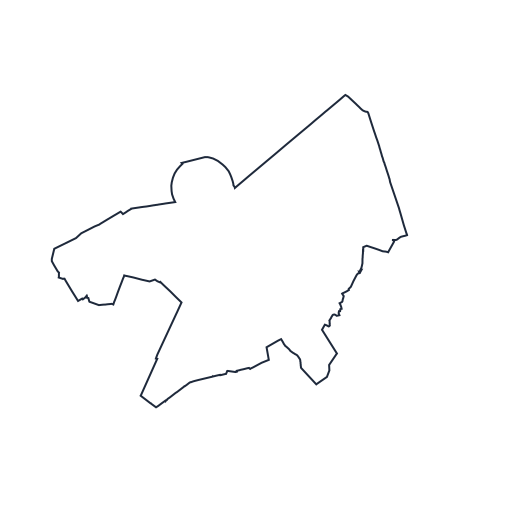 Ecatepec de Morelos, México, Mexico (Albers equal-area conic projection), rotated 229°
{"feature_id": "50627088B37920296364691", "entity_name": "Ecatepec de Morelos", "entity_type": "district", "adm_level": 2, "iso_a3": "MEX", "parent_name": "Mexico", "parent_adm1": "México", "projection": "albers", "projection_center": [-99.051, 19.572], "detail": "fine", "context": "isolated", "style": "outline", "palette": "slate", "viewbox_px": 512, "rotation_deg": 229, "n_neighbors": 0, "source": "geoboundaries", "source_scale": "gbopen_adm2", "svg_char_len": 6032}
<svg xmlns="http://www.w3.org/2000/svg" viewBox="0 0 512 512"><g transform="rotate(229 256 256)"><path d="M129.3,253.1L157.0,257.4L159.0,262.9L158.1,263.4L157.7,263.6L157.4,263.8L155.2,264.6L155.1,264.8L155.0,265.2L155.0,265.6L155.1,265.9L155.2,266.2L155.5,266.4L155.8,266.5L156.3,267.0L156.6,267.2L156.8,267.5L157.1,267.6L157.4,267.9L157.7,268.1L158.4,268.7L158.9,269.0L159.2,269.1L159.4,269.9L159.5,270.4L159.8,271.1L159.9,271.7L160.5,273.0L160.8,274.1L161.1,275.0L161.1,275.5L161.0,275.8L160.5,276.7L159.9,277.1L159.1,277.4L157.9,277.7L156.6,280.1L158.1,280.7L158.7,280.9L159.9,282.4L159.2,283.3L159.6,283.8L160.4,284.5L160.6,284.8L160.0,286.0L161.7,286.9L164.1,287.8L165.5,288.1L164.9,290.6L165.1,291.5L166.0,292.6L166.5,293.3L167.0,294.2L168.2,295.9L171.1,296.3L171.1,296.7L170.6,298.3L169.8,301.4L169.4,303.8L170.1,304.1L170.3,304.3L170.4,304.5L170.4,305.5L170.5,307.3L171.3,309.1L173.1,313.0L175.2,318.4L175.7,319.8L175.9,321.2L175.7,321.9L175.2,322.8L176.3,323.3L175.3,323.7L176.3,326.4L176.9,325.4L177.5,326.8L177.7,327.3L178.0,327.9L178.7,328.9L179.2,329.6L180.7,331.6L181.4,332.2L183.2,333.8L184.0,334.5L184.8,335.4L186.4,336.9L187.7,338.3L190.1,340.5L189.9,340.6L191.8,342.3L192.3,342.7L191.8,344.3L191.1,346.3L187.5,348.4L185.0,349.9L183.3,350.9L181.4,352.0L180.0,352.8L178.5,353.6L176.6,354.6L176.0,355.1L174.2,356.8L173.1,357.6L172.1,358.2L172.6,359.4L176.3,369.7L176.9,369.9L177.9,369.9L178.4,369.5L178.8,369.2L178.3,369.9L176.5,371.8L176.3,372.2L176.1,372.5L175.9,373.1L175.7,376.1L175.6,376.9L175.5,377.5L175.4,378.0L174.2,380.4L173.5,381.7L172.6,383.7L172.9,383.9L174.6,384.5L182.3,387.8L193.4,393.0L196.7,394.5L198.1,395.2L213.5,401.5L223.8,405.7L226.5,407.3L227.4,407.6L228.0,407.9L229.3,408.5L230.7,409.1L233.1,410.1L234.1,410.5L237.5,412.0L238.7,412.5L239.5,412.8L240.2,413.1L240.8,413.3L241.9,413.9L243.7,414.4L246.4,415.7L247.5,416.2L248.3,416.4L250.7,417.6L252.1,418.2L254.0,419.1L254.8,419.5L255.8,419.9L257.5,420.7L258.2,421.1L259.2,421.5L261.8,422.6L263.7,423.4L266.9,424.6L268.3,425.2L269.5,425.7L270.7,426.2L272.5,426.9L281.0,430.5L284.7,432.1L290.2,434.5L291.6,434.7L292.4,434.0L292.7,433.7L293.3,433.3L293.8,433.0L294.5,432.7L295.1,432.4L295.9,432.1L296.4,432.0L297.1,431.9L298.0,431.8L298.6,431.7L300.7,431.6L303.7,431.3L305.2,431.2L315.9,430.1L317.7,429.5L318.9,429.1L319.0,426.9L319.0,426.2L319.0,421.7L319.3,404.8L319.4,403.3L319.4,399.7L319.6,388.9L319.6,384.7L320.1,358.8L320.2,353.1L320.3,345.8L320.4,336.7L320.6,326.6L320.8,314.7L321.0,303.9L321.1,294.7L321.2,287.8L321.2,284.7L322.1,285.2L324.0,285.3L324.9,285.9L325.8,286.5L326.7,286.9L327.6,287.4L331.7,289.1L334.6,290.1L337.9,291.0L343.2,291.2L346.9,290.8L352.8,289.6L357.7,287.6L361.0,285.4L362.2,284.5L364.1,282.4L373.5,263.8L373.6,263.7L375.0,260.9L373.8,260.9L373.6,257.6L373.0,253.1L371.7,248.8L369.6,244.7L366.9,240.8L364.6,238.2L360.4,234.9L357.6,233.1L353.4,231.4L349.7,230.4L352.4,226.2L355.0,222.2L356.1,220.4L356.8,219.3L358.9,216.0L359.2,215.4L359.9,214.4L360.6,213.3L360.8,212.9L361.2,212.4L361.8,211.4L362.6,210.1L363.0,209.4L363.5,208.6L365.3,205.7L366.9,203.4L368.8,200.5L369.2,199.8L369.6,199.2L371.2,196.7L372.6,194.5L373.6,192.9L373.4,192.7L373.5,192.4L373.7,191.1L373.9,190.1L374.0,189.5L374.1,189.0L374.2,188.1L374.4,186.2L374.9,183.1L375.5,183.1L375.9,183.1L376.9,183.0L377.5,183.0L378.3,182.9L378.9,179.6L379.4,176.8L379.5,176.4L379.9,174.2L381.1,167.5L381.8,163.4L382.0,162.1L382.1,161.7L382.3,160.5L382.5,159.3L382.5,158.8L382.6,158.1L383.1,156.8L384.2,153.5L387.8,139.0L387.6,131.9L393.8,108.5L387.7,99.9L386.0,98.5L381.4,97.5L374.7,96.3L374.3,96.3L372.7,96.4L372.6,96.2L372.2,95.9L371.1,94.9L369.8,93.8L369.5,93.4L369.2,93.0L367.3,94.1L365.7,95.1L365.3,95.3L365.1,95.8L364.9,96.3L364.5,96.6L362.7,96.2L357.6,95.3L350.2,94.0L344.4,93.1L338.8,92.2L337.9,96.9L336.9,96.9L336.7,99.8L336.9,101.0L337.1,102.3L336.8,102.2L335.5,101.0L334.3,101.9L330.9,100.3L330.5,100.4L330.0,100.7L329.0,101.3L322.0,105.2L319.5,108.8L318.2,110.4L317.1,112.1L315.8,113.9L314.5,115.8L313.0,116.5L313.7,117.7L314.1,118.3L314.6,119.2L315.1,120.3L315.8,121.6L316.7,123.3L319.4,128.1L322.2,133.3L324.3,137.3L326.4,141.2L326.9,142.4L327.8,143.8L326.1,144.9L326.0,145.1L320.2,149.4L312.4,154.7L312.2,154.9L306.6,159.0L304.8,163.5L304.5,164.3L302.1,164.9L301.7,165.0L299.0,166.3L299.1,166.8L295.3,167.1L291.3,167.5L290.5,167.6L286.5,168.0L285.5,168.1L278.1,168.6L269.8,169.3L266.5,162.0L265.3,159.4L264.8,158.2L246.3,116.8L244.3,113.2L243.2,114.0L226.3,77.6L226.2,77.3L224.2,77.7L218.8,78.8L215.3,79.5L214.3,79.7L213.8,80.0L213.6,79.9L207.4,81.3L207.0,83.7L206.7,88.1L206.4,91.3L206.3,92.7L205.8,92.6L205.9,92.9L206.1,93.3L206.0,93.6L205.9,93.8L205.8,94.0L205.8,94.4L205.9,94.6L206.0,94.7L206.1,95.6L205.8,98.3L205.4,105.8L205.2,106.6L204.6,116.3L204.7,116.6L204.4,116.9L204.2,119.2L204.0,123.0L203.8,123.3L203.7,123.9L203.6,124.0L203.4,124.2L202.6,126.3L201.8,128.0L200.1,131.4L194.4,142.3L194.0,143.0L193.6,143.8L193.6,144.5L193.3,144.5L193.1,144.8L192.7,145.6L191.9,147.2L190.3,150.2L189.9,150.9L189.5,150.8L188.9,151.9L186.9,155.8L186.7,156.0L187.1,156.9L188.1,158.9L187.9,159.2L182.1,164.2L181.8,164.5L181.9,165.2L181.7,165.3L181.3,165.5L181.2,165.8L181.6,166.1L181.9,166.3L181.2,167.6L180.6,168.7L180.3,169.5L178.7,172.4L177.3,175.2L176.5,176.7L176.1,177.3L175.6,177.2L174.6,177.5L174.5,178.6L174.0,180.1L171.7,190.3L171.3,191.4L170.9,192.6L169.2,197.5L180.2,204.1L177.7,216.9L176.8,220.4L174.3,220.0L173.3,219.8L172.8,219.7L171.7,219.4L171.2,219.3L170.3,219.3L169.5,219.1L169.0,219.1L168.0,219.3L167.4,219.4L166.7,219.5L165.8,219.6L164.4,219.8L163.6,219.8L163.0,219.8L162.5,219.7L161.5,219.7L160.9,219.9L159.9,220.1L159.1,220.3L158.3,220.5L157.3,220.9L156.7,221.0L155.2,221.6L154.2,221.9L153.7,221.9L153.3,221.9L152.2,221.8L151.2,221.7L150.1,221.5L149.5,221.5L148.9,221.3L148.3,221.0L147.4,220.3L146.3,219.7L145.4,218.9L144.8,218.6L144.0,217.9L143.4,217.6L142.7,217.0L142.3,216.8L141.8,216.6L119.6,217.3L119.6,217.6L118.2,230.2L121.5,236.3L125.8,239.7L129.1,252.1L129.3,253.1Z" fill="none" stroke="#1e293b" stroke-width="2"/></g></svg>